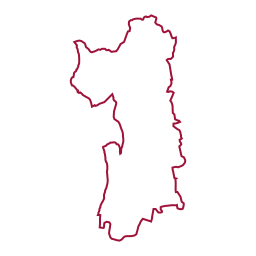 outline of Mit Ghamr, Ad Daqahliyah, Egypt
{"feature_id": "37247803B25153322962327", "entity_name": "Mit Ghamr", "entity_type": "district", "adm_level": 2, "iso_a3": "EGY", "parent_name": "Egypt", "parent_adm1": "Ad Daqahliyah", "projection": "equal_earth", "projection_center": [31.277, 30.708], "detail": "fine", "context": "isolated", "style": "outline", "palette": "rose", "viewbox_px": 256, "rotation_deg": 0, "n_neighbors": 0, "source": "geoboundaries", "source_scale": "gbopen_adm2", "svg_char_len": 5627}
<svg xmlns="http://www.w3.org/2000/svg" viewBox="0 0 256 256"><path d="M74.3,42.0L74.9,42.8L75.6,43.6L76.0,44.2L76.4,44.8L76.5,44.9L76.8,44.8L76.8,44.6L76.9,45.0L76.9,45.3L76.9,45.9L76.8,46.5L76.7,46.8L76.6,47.2L76.9,47.9L77.4,48.6L77.9,50.8L77.9,51.2L77.9,51.4L77.9,51.8L78.0,52.1L78.3,52.7L78.5,53.2L78.7,53.7L78.9,54.5L79.1,56.8L79.2,59.1L79.2,59.5L79.2,62.6L78.8,64.5L78.5,64.8L78.4,65.1L78.3,65.3L78.3,65.6L78.3,66.1L78.3,66.3L78.2,66.6L77.6,67.9L77.1,69.2L77.0,69.4L76.8,69.5L76.6,69.7L76.4,69.7L76.3,70.1L76.2,70.6L76.1,71.0L75.9,71.3L75.4,71.6L75.1,71.8L74.8,72.1L74.3,72.6L74.2,72.8L74.0,73.1L73.9,73.5L73.9,73.9L73.9,74.3L73.9,74.6L73.4,77.1L72.9,77.1L72.6,77.2L72.3,77.4L72.0,77.6L71.8,77.9L71.5,78.4L71.3,78.8L71.1,79.4L70.9,80.1L70.8,80.9L70.8,81.7L70.9,82.5L71.1,83.2L71.6,84.4L72.0,85.4L72.5,85.4L72.9,85.5L73.2,85.7L73.4,85.9L73.7,86.2L74.2,86.5L74.6,86.9L74.9,87.2L75.3,87.7L75.6,88.2L76.5,89.2L77.2,90.1L77.8,90.3L77.9,90.6L77.9,91.0L78.3,91.3L78.4,91.8L78.2,91.9L78.0,91.7L78.0,91.3L77.9,91.2L77.5,91.3L77.5,91.5L77.6,92.0L78.3,92.5L78.8,92.9L79.2,92.9L79.5,92.9L79.9,92.8L80.3,92.5L80.9,93.0L81.6,93.5L82.2,94.1L82.7,94.9L86.1,96.9L88.2,98.0L88.5,98.2L89.0,98.6L89.6,99.1L89.9,99.5L90.5,100.9L90.9,102.2L91.3,103.6L91.5,104.5L91.9,106.2L92.0,106.7L94.7,105.2L95.3,105.9L97.2,105.3L99.7,103.7L104.4,102.1L112.3,94.2L113.5,97.7L113.4,99.0L114.0,100.3L115.6,101.6L116.2,102.5L116.2,103.8L114.0,111.5L113.7,116.9L114.5,119.2L115.6,119.8L116.7,120.8L117.5,121.1L118.4,121.8L118.9,122.7L119.7,124.0L120.0,125.3L120.6,126.3L120.6,126.9L122.7,132.4L123.0,135.3L123.0,136.9L123.3,138.2L123.3,141.7L122.7,143.9L122.2,146.5L121.3,148.4L121.1,150.7L121.0,152.9L120.8,153.2L120.2,153.7L119.9,151.8L120.0,150.6L120.0,148.2L119.5,147.0L119.0,145.5L118.0,144.4L116.9,144.2L116.6,144.2L116.1,143.2L114.7,142.3L113.6,142.3L112.0,142.6L110.3,142.6L109.8,143.2L107.0,144.5L106.3,145.6L103.1,146.9L103.1,147.4L103.2,147.8L103.4,148.5L103.5,149.0L103.8,149.5L103.9,150.0L104.0,150.4L104.1,150.7L104.4,151.2L104.5,151.6L104.5,152.0L104.4,152.4L104.5,152.5L104.7,153.3L105.0,154.7L105.3,156.8L105.4,157.6L105.4,158.5L105.4,159.2L105.5,159.7L105.6,160.4L105.9,161.3L105.9,161.5L106.0,161.8L106.2,162.1L106.3,162.2L106.5,162.3L106.6,162.6L106.8,163.2L107.0,164.0L107.2,165.2L107.3,166.1L107.3,166.7L107.3,169.4L107.3,169.7L107.2,170.3L107.0,170.8L106.9,171.2L107.0,172.3L107.2,173.8L107.3,175.9L107.5,177.7L107.7,180.3L107.7,181.2L107.6,182.1L107.4,183.6L107.1,184.7L106.9,185.6L106.6,186.9L106.4,187.7L106.0,188.7L105.6,189.3L105.4,189.9L105.2,190.4L105.1,190.8L105.1,191.3L105.1,191.7L104.6,193.0L104.0,194.8L104.1,198.3L103.6,199.6L102.9,201.1L102.5,201.8L102.1,202.3L101.7,203.1L101.4,203.7L101.2,204.2L101.0,204.6L100.7,205.1L100.5,205.7L100.4,206.3L100.3,206.9L100.3,207.6L100.0,207.9L99.8,208.1L99.6,208.5L99.5,208.9L99.4,209.2L99.4,209.5L99.4,209.8L99.5,210.2L99.5,210.4L99.4,210.6L99.3,210.8L99.0,211.4L98.6,212.4L98.5,212.7L98.5,213.1L98.5,213.3L98.3,214.0L97.9,215.0L100.3,215.1L100.0,218.6L100.0,223.6L99.7,227.4L100.6,227.6L101.3,227.7L103.6,227.9L104.1,226.7L104.1,224.9L104.4,222.9L106.6,221.8L108.6,222.2L109.4,222.4L110.4,224.2L109.1,232.4L109.1,233.6L109.8,235.7L110.5,237.6L111.8,238.8L113.6,239.2L116.2,240.0L117.4,240.3L119.4,240.6L121.1,239.9L121.9,239.2L122.4,238.8L123.6,237.3L124.9,236.5L125.6,236.3L127.6,236.1L131.5,236.1L134.4,235.5L136.3,234.3L137.5,230.1L138.4,226.3L139.8,223.8L140.7,221.5L142.8,218.8L151.1,221.5L152.2,217.8L152.0,217.6L153.5,209.0L155.6,209.0L158.4,212.5L160.7,212.5L161.8,212.2L162.1,211.3L160.7,209.3L160.7,207.1L162.2,206.5L163.5,206.3L165.4,205.9L167.8,205.7L171.8,205.2L176.2,205.3L176.9,205.0L177.1,206.6L177.5,208.3L179.5,209.1L181.8,209.1L182.5,208.9L182.6,208.4L183.0,208.1L183.2,207.6L183.8,204.5L183.6,203.1L182.4,202.3L181.7,201.8L180.5,196.7L177.4,192.0L175.9,192.1L175.6,190.1L175.7,183.5L175.6,180.9L175.4,179.0L176.1,178.5L174.4,178.0L173.3,172.2L172.6,169.5L172.5,167.6L174.4,167.1L176.3,166.8L178.1,167.3L181.6,165.9L183.0,165.1L184.4,163.3L184.8,162.7L185.2,161.7L185.2,160.1L183.9,157.3L181.6,156.2L181.4,155.7L179.3,146.4L179.6,146.1L181.2,144.5L181.0,143.1L179.9,141.5L179.6,139.8L181.8,138.5L181.0,136.9L181.0,135.3L180.1,131.6L179.4,130.2L177.2,129.0L174.6,127.1L173.4,126.1L173.5,123.6L175.5,123.5L177.9,122.8L180.0,121.9L179.1,120.7L178.0,120.6L175.1,119.3L174.4,114.5L172.8,112.9L172.5,105.3L171.3,101.8L170.3,100.7L173.7,92.8L172.4,91.7L169.9,91.3L168.3,92.0L167.1,91.7L168.7,87.2L170.3,86.2L171.3,84.0L171.5,82.4L170.9,79.7L172.2,79.7L171.9,77.8L171.1,74.3L170.2,68.5L169.5,64.4L166.7,60.1L167.4,59.4L167.9,59.1L168.7,58.9L169.6,58.9L170.7,59.0L172.5,57.3L173.1,56.4L172.9,52.9L173.6,51.9L174.2,50.0L174.3,49.4L174.3,49.1L174.1,47.5L174.7,45.6L175.0,45.2L175.3,44.6L175.6,43.6L175.9,42.4L175.9,42.1L175.8,37.5L175.1,37.9L174.6,37.9L173.2,38.2L172.4,38.2L171.3,35.9L171.0,34.6L169.6,31.4L168.0,30.5L167.2,31.1L166.1,31.7L164.4,32.3L164.1,32.3L163.6,32.0L163.0,31.4L162.7,30.7L162.2,28.2L161.6,26.5L158.9,24.9L157.2,24.6L156.4,23.9L155.3,22.6L155.9,20.1L156.4,18.8L156.1,17.5L151.1,15.4L150.6,15.9L149.2,16.8L147.0,17.1L146.2,16.5L144.8,16.8L143.9,17.6L143.2,19.3L142.9,19.7L141.8,19.6L140.7,18.7L136.3,18.6L133.2,19.3L131.9,20.2L130.7,20.2L129.1,21.5L128.8,24.0L129.4,26.0L130.2,27.9L129.6,31.1L128.0,31.4L126.9,33.9L124.1,41.9L120.5,44.1L119.9,45.4L117.7,49.3L116.3,51.2L111.4,51.8L109.7,50.5L108.6,49.8L108.1,50.1L106.4,50.1L105.0,48.8L102.0,48.8L100.3,49.8L98.4,49.4L95.6,51.0L91.8,52.3L90.7,51.9L89.8,51.0L88.5,49.0L86.0,47.1L85.2,44.2L84.6,43.2L83.2,42.3L81.3,41.0L79.4,40.6L77.5,40.9L74.3,42.0Z" fill="none" stroke="#9f1239" stroke-width="2"/></svg>